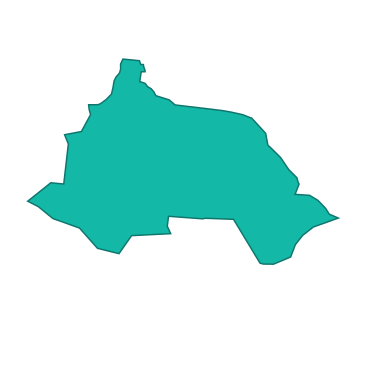 outline of Olorunda, Osun, Nigeria, rotated 117°
{"feature_id": "59680162B28193395760126", "entity_name": "Olorunda", "entity_type": "district", "adm_level": 2, "iso_a3": "NGA", "parent_name": "Nigeria", "parent_adm1": "Osun", "projection": "equal_earth", "projection_center": [4.578, 7.861], "detail": "fine", "context": "isolated", "style": "filled", "palette": "teal", "viewbox_px": 384, "rotation_deg": 117, "n_neighbors": 0, "source": "geoboundaries", "source_scale": "gbopen_adm2", "svg_char_len": 1102}
<svg xmlns="http://www.w3.org/2000/svg" viewBox="0 0 384 384"><g transform="rotate(117 192 192)"><path d="M280.1,229.1L258.3,226.0L238.8,192.1L233.7,198.5L224.3,201.9L211.1,170.4L209.3,168.1L197.5,142.6L224.5,99.1L224.5,98.9L223.8,95.7L219.3,86.6L205.1,74.6L191.9,76.0L180.4,73.7L168.1,68.0L148.8,49.8L149.4,59.7L145.9,65.6L142.3,75.9L141.6,85.8L147.3,99.1L136.3,100.2L135.2,101.8L131.7,105.0L128.2,115.8L121.0,128.9L116.7,142.4L115.9,145.6L106.3,153.0L99.0,172.6L99.3,173.5L100.1,182.0L103.2,193.9L105.7,202.0L122.1,246.6L120.3,254.1L122.6,268.0L120.2,271.2L118.5,275.3L118.3,279.4L116.5,283.1L117.3,288.7L108.0,291.8L107.6,291.1L106.1,288.4L104.7,289.3L102.3,291.9L100.5,293.2L101.7,295.6L98.9,298.4L101.1,304.2L103.4,310.0L104.9,313.9L110.5,313.7L114.9,311.4L119.0,310.6L124.0,311.9L128.6,311.8L134.5,309.9L141.3,308.2L148.7,310.5L154.8,313.6L156.9,315.4L161.2,323.7L165.3,321.0L169.1,317.5L188.3,318.0L198.8,331.5L201.1,328.9L205.3,324.0L243.1,309.9L247.9,322.0L274.8,334.2L274.8,322.4L278.8,303.9L275.2,275.9L285.1,250.6L280.1,229.1Z" fill="#14b8a6" stroke="#0f766e" stroke-width="1.5"/></g></svg>